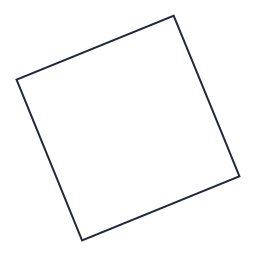 Keokuk, Iowa, United States of America, rotated 248°
{"feature_id": "52423323B98264208336187", "entity_name": "Keokuk", "entity_type": "district", "adm_level": 2, "iso_a3": "USA", "parent_name": "United States of America", "parent_adm1": "Iowa", "projection": "equal_earth", "projection_center": [-92.237, 41.336], "detail": "fine", "context": "isolated", "style": "outline", "palette": "slate", "viewbox_px": 256, "rotation_deg": 248, "n_neighbors": 0, "source": "geoboundaries", "source_scale": "gbopen_adm2", "svg_char_len": 254}
<svg xmlns="http://www.w3.org/2000/svg" viewBox="0 0 256 256"><g transform="rotate(248 128 128)"><path d="M41.5,213.2L84.2,213.1L127.5,212.9L215.0,212.4L214.6,42.8L83.6,43.2L41.0,43.3L41.5,213.2Z" fill="none" stroke="#1e293b" stroke-width="2"/></g></svg>